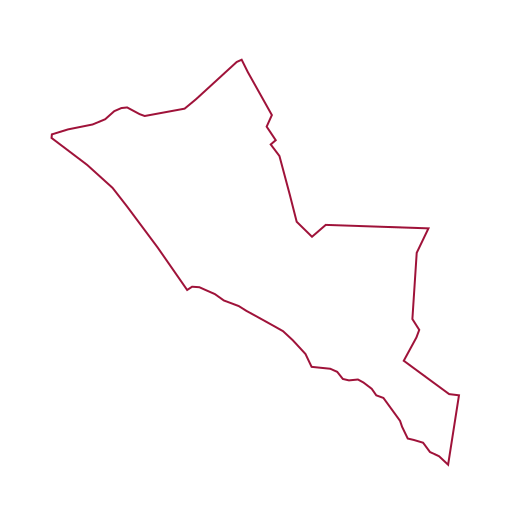 Chilanzar, Tashkent, Uzbekistan (orthographic projection), rotated 94°
{"feature_id": "79887680B30402232719617", "entity_name": "Chilanzar", "entity_type": "district", "adm_level": 2, "iso_a3": "UZB", "parent_name": "Uzbekistan", "parent_adm1": "Tashkent", "projection": "orthographic", "projection_center": [69.178, 41.232], "detail": "fine", "context": "isolated", "style": "outline", "palette": "rose", "viewbox_px": 512, "rotation_deg": 94, "n_neighbors": 0, "source": "geoboundaries", "source_scale": "gbopen_adm2", "svg_char_len": 964}
<svg xmlns="http://www.w3.org/2000/svg" viewBox="0 0 512 512"><g transform="rotate(94 256 256)"><path d="M294.7,322.3L291.1,317.6L291.1,310.3L293.2,304.6L296.9,294.3L302.6,285.0L307.2,269.6L311.4,261.8L315.6,252.6L322.3,238.2L329.1,223.8L337.4,213.5L350.3,199.8L362.7,192.8L363.3,174.1L365.9,166.9L372.6,160.8L373.6,154.6L372.1,145.7L374.7,140.0L380.4,131.3L386.6,126.3L388.7,119.0L410.4,100.8L416.1,98.4L427.5,91.9L428.5,85.7L430.6,76.3L439.4,68.8L443.0,59.4L450.8,49.8L380.8,43.8L380.3,53.7L350.2,101.3L326.1,90.3L318.3,88.0L308.0,95.6L241.6,95.9L216.4,85.9L220.1,188.6L232.9,201.5L219.0,217.8L192.7,226.5L154.6,239.6L143.7,249.1L139.1,244.4L126.2,254.4L114.3,250.0L73.1,277.0L61.2,284.0L63.8,288.8L103.8,326.8L114.0,337.5L124.1,376.8L122.6,382.0L116.8,394.9L117.8,400.6L121.4,407.5L130.1,416.0L136.2,428.2L142.8,452.3L148.9,468.1L152.5,468.2L176.9,430.8L198.1,403.8L215.7,388.0L254.4,354.7L294.7,322.3Z" fill="none" stroke="#9f1239" stroke-width="2"/></g></svg>